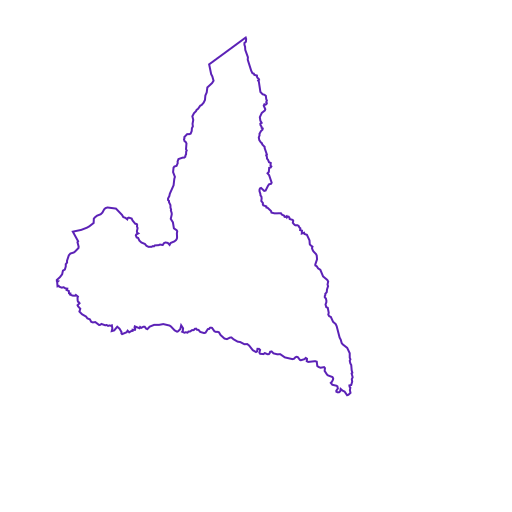 outline of São José do Rio Claro, Mato Grosso, Brazil, rotated 131°
{"feature_id": "56859067B99749673428904", "entity_name": "São José do Rio Claro", "entity_type": "district", "adm_level": 2, "iso_a3": "BRA", "parent_name": "Brazil", "parent_adm1": "Mato Grosso", "projection": "mercator", "projection_center": [-56.788, -13.44], "detail": "fine", "context": "isolated", "style": "outline", "palette": "violet", "viewbox_px": 512, "rotation_deg": 131, "n_neighbors": 0, "source": "geoboundaries", "source_scale": "gbopen_adm2", "svg_char_len": 6157}
<svg xmlns="http://www.w3.org/2000/svg" viewBox="0 0 512 512"><g transform="rotate(131 256 256)"><path d="M404.8,390.6L405.5,389.9L404.9,388.8L406.2,388.9L409.1,385.9L408.0,385.3L408.2,384.2L407.3,381.8L405.8,380.7L405.5,378.6L404.5,377.1L405.9,376.6L405.2,374.3L406.8,372.7L406.1,371.5L407.1,371.0L406.2,368.4L404.6,366.4L403.6,366.4L403.5,363.7L404.6,363.3L406.7,361.3L407.3,360.3L407.1,359.3L407.4,358.2L410.2,358.4L410.7,357.3L411.1,354.0L413.8,352.8L414.1,349.1L413.2,344.5L413.7,342.3L412.8,339.8L413.8,337.2L413.2,335.6L411.3,333.9L411.0,329.1L409.9,328.3L408.7,328.1L407.2,324.3L406.1,323.5L405.8,321.8L404.6,321.1L404.0,319.9L402.9,319.3L404.9,316.9L407.3,315.6L405.2,314.2L400.4,314.3L400.4,311.3L401.6,307.7L402.7,306.8L402.8,305.8L398.4,303.6L396.6,303.9L396.8,301.6L394.5,300.9L393.5,300.0L392.6,300.8L391.2,298.9L390.2,299.3L389.7,300.7L388.6,301.3L387.0,296.6L385.6,296.9L385.6,295.5L383.3,294.6L382.4,293.6L382.9,291.3L382.5,290.0L379.1,289.9L374.8,287.7L371.6,284.0L368.2,281.3L365.2,275.6L365.0,274.0L365.5,268.6L364.9,265.9L363.9,265.4L360.8,265.2L357.4,267.0L358.4,263.6L360.6,262.1L361.6,262.0L360.8,259.6L359.6,259.0L358.8,257.4L357.3,257.4L356.2,256.2L353.8,255.6L353.2,254.7L352.3,254.3L351.1,254.4L350.1,253.5L350.4,252.2L349.5,250.9L349.9,248.3L348.2,244.6L347.0,243.8L342.8,244.4L341.8,243.5L340.5,243.7L339.7,243.1L339.1,242.0L340.1,238.0L339.7,236.7L338.3,235.0L337.9,233.9L338.9,230.9L339.0,225.6L337.8,223.4L334.6,222.1L333.6,221.1L333.6,218.4L332.7,213.7L331.3,211.5L330.2,206.9L328.2,204.8L328.1,202.4L329.2,196.6L328.5,193.0L327.3,192.6L325.1,194.0L324.1,192.8L324.2,191.3L326.7,190.1L327.1,188.7L325.1,186.0L323.5,185.7L322.6,182.9L321.6,181.9L320.5,181.9L319.0,182.5L317.8,181.6L318.0,178.9L316.2,175.4L314.2,173.3L313.6,167.7L312.9,166.4L309.9,160.8L308.6,159.9L306.5,159.8L305.4,159.2L304.9,158.1L305.6,154.7L305.3,153.8L302.0,151.7L300.3,151.6L300.1,150.1L302.1,148.7L301.7,147.1L296.6,142.4L295.9,140.8L298.8,137.6L298.7,136.0L298.0,134.0L295.2,131.7L295.4,130.4L297.7,128.8L298.9,124.6L298.9,123.4L297.2,118.9L297.7,117.5L298.7,116.8L301.1,116.2L302.7,116.3L303.1,113.9L301.1,110.1L301.0,109.0L302.3,107.3L305.0,107.0L305.7,106.3L305.3,104.9L304.3,103.9L302.8,103.7L300.8,104.9L300.8,102.3L300.2,100.2L301.3,95.9L300.1,95.2L297.3,94.9L295.6,97.2L293.5,98.4L293.3,99.6L292.4,100.6L290.9,99.5L287.7,101.0L286.1,102.9L284.1,103.5L281.9,106.8L280.9,106.7L279.5,108.8L275.8,112.6L275.2,114.3L273.6,116.5L272.0,117.0L271.3,118.5L267.9,121.5L265.5,126.9L265.8,132.6L265.5,134.2L263.6,137.1L262.7,139.4L256.1,149.0L255.1,151.2L255.1,154.7L252.9,159.5L253.4,161.3L252.8,163.0L251.1,163.9L248.0,167.9L248.5,169.4L247.0,171.7L244.7,172.6L243.5,173.6L242.2,175.4L242.1,176.9L241.1,177.8L239.9,178.1L239.1,178.9L236.9,178.9L234.6,180.5L231.5,181.8L230.6,183.3L227.9,184.8L227.3,186.5L227.4,192.0L224.2,198.4L224.6,201.0L223.9,203.4L224.2,205.0L223.5,205.7L218.4,207.8L215.8,210.5L215.2,211.9L214.8,215.9L214.2,217.4L213.3,219.0L211.9,219.5L212.1,222.0L211.8,223.2L209.1,225.9L206.6,231.5L207.6,233.9L206.9,235.0L209.0,236.2L206.7,237.9L207.5,239.7L206.0,240.7L206.0,242.0L205.3,243.7L205.8,245.3L206.7,245.9L207.1,246.9L207.1,248.2L206.8,250.0L205.0,251.0L204.7,252.0L206.0,254.8L205.2,255.9L204.9,257.2L205.5,258.0L206.5,258.0L205.9,259.0L207.1,259.3L207.7,260.1L207.1,261.2L207.8,263.7L207.4,265.2L211.7,270.1L213.1,272.8L212.2,274.2L212.0,278.8L212.6,280.0L211.8,280.8L213.0,283.8L212.5,284.8L211.5,285.5L211.0,288.1L208.9,289.5L207.7,290.8L207.3,292.4L206.3,293.4L204.7,296.0L203.4,297.0L202.3,297.3L201.3,296.8L201.5,292.5L200.3,291.7L195.2,293.0L193.3,293.2L191.6,292.0L190.4,292.3L186.4,299.1L186.0,301.6L184.1,301.5L180.8,303.9L179.6,303.0L178.3,303.2L178.2,304.4L176.1,305.9L176.7,307.7L175.5,310.1L175.3,311.6L174.1,312.7L173.3,314.4L172.4,314.2L168.8,320.4L168.0,321.0L167.7,324.5L167.0,325.4L167.1,326.8L166.4,329.5L164.8,331.6L162.4,332.6L161.6,333.5L158.5,334.2L156.4,334.0L155.3,334.6L155.6,335.8L154.8,336.6L154.2,338.6L153.2,339.6L151.8,339.1L151.0,341.5L148.7,344.2L144.2,345.5L140.4,344.8L139.1,345.3L137.5,348.8L136.0,349.2L135.6,348.1L134.6,347.8L133.5,348.1L133.2,349.2L131.5,349.8L130.9,351.2L128.7,353.6L128.8,355.4L129.6,357.1L129.3,360.3L122.5,368.3L122.2,369.5L121.0,369.3L120.5,370.3L120.6,371.5L120.1,372.9L119.2,373.7L120.4,376.1L119.8,377.3L120.4,378.6L119.3,381.2L113.3,391.0L111.3,392.5L107.5,399.3L105.2,401.6L104.2,403.3L102.8,404.5L100.9,404.2L98.7,405.8L97.9,407.1L142.1,417.1L148.2,409.1L149.1,406.8L151.6,403.0L154.3,402.6L160.7,403.3L164.9,400.5L168.1,399.5L171.7,396.9L174.7,396.1L177.7,396.1L179.1,396.7L182.9,396.3L184.7,396.7L186.1,396.3L188.9,396.5L192.3,395.7L194.5,392.6L197.9,390.6L199.6,388.7L201.6,388.2L203.9,386.5L206.5,385.6L207.7,386.2L209.2,387.9L213.3,388.1L214.0,387.3L215.2,386.9L216.2,385.3L216.1,383.7L216.7,382.3L221.3,378.9L221.8,377.5L223.0,377.2L225.3,375.4L226.3,375.3L227.5,374.5L228.8,374.7L229.9,375.9L233.7,378.1L236.1,377.2L237.3,376.0L240.1,375.1L242.0,376.3L243.4,376.2L247.1,373.6L249.5,369.1L251.3,368.3L256.7,364.6L265.5,361.9L267.7,360.7L270.3,360.1L271.5,359.1L271.5,357.8L272.5,356.9L273.7,354.0L275.7,352.2L276.6,350.6L277.5,350.1L278.9,347.8L280.0,346.8L283.9,344.7L285.1,340.8L289.0,336.1L288.6,332.8L289.0,331.7L290.9,330.5L293.6,327.9L294.8,327.1L296.5,326.8L298.6,327.2L302.2,329.0L304.3,328.5L304.0,331.2L305.2,333.2L306.7,333.9L308.9,333.6L310.4,336.0L311.6,336.5L314.4,339.3L315.7,339.4L316.3,340.4L317.5,340.8L319.6,343.1L320.2,345.4L319.8,347.7L321.0,351.4L320.9,354.1L319.7,356.8L320.3,358.2L319.3,360.2L318.4,360.5L316.2,359.7L316.4,361.0L315.5,362.1L312.6,363.7L311.8,365.2L310.5,366.1L310.1,367.1L310.9,368.2L310.2,372.5L309.3,374.4L310.5,377.2L311.6,377.7L312.8,377.2L312.9,379.6L313.7,381.7L312.9,384.0L312.1,392.8L316.8,399.9L318.6,401.0L320.4,401.2L324.0,400.4L326.4,400.6L329.8,402.4L332.4,402.9L334.2,402.9L337.6,400.2L343.1,401.3L345.6,402.2L350.9,405.0L357.8,410.2L361.6,399.9L362.7,399.8L365.3,396.0L366.5,395.2L371.5,395.5L372.9,395.8L375.9,397.7L378.3,397.7L383.6,395.5L384.9,394.3L387.0,394.2L388.7,392.7L391.6,391.4L393.7,392.1L397.0,390.3L400.7,390.1L404.8,390.6Z" fill="none" stroke="#5b21b6" stroke-width="2"/></g></svg>